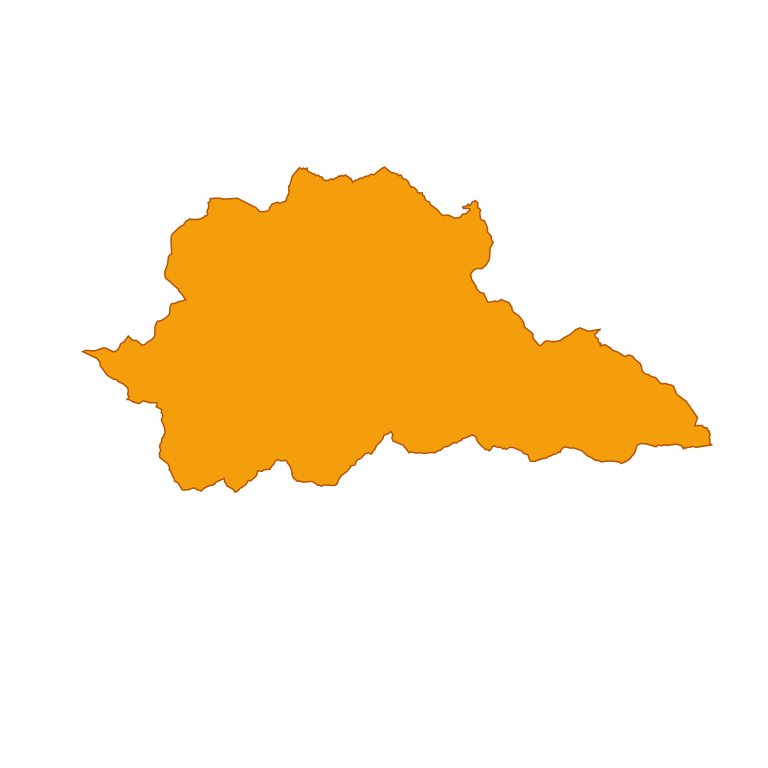 outline of Andreiasu De Jos, Vrancea, Romania, rotated 231°
{"feature_id": "2599482B32209112842541", "entity_name": "Andreiasu De Jos", "entity_type": "district", "adm_level": 2, "iso_a3": "ROU", "parent_name": "Romania", "parent_adm1": "Vrancea", "projection": "mercator", "projection_center": [26.796, 45.716], "detail": "fine", "context": "isolated", "style": "filled", "palette": "amber", "viewbox_px": 768, "rotation_deg": 231, "n_neighbors": 0, "source": "geoboundaries", "source_scale": "gbopen_adm2", "svg_char_len": 6171}
<svg xmlns="http://www.w3.org/2000/svg" viewBox="0 0 768 768"><g transform="rotate(231 384 384)"><path d="M304.1,571.8L305.6,567.4L305.4,559.3L306.6,553.1L307.0,548.0L309.6,543.1L315.8,536.7L315.3,530.3L316.6,528.8L324.9,528.6L327.6,529.5L328.7,531.1L332.3,530.9L339.8,529.0L343.5,531.1L347.1,531.6L352.6,531.7L358.2,529.8L362.1,530.7L363.0,531.6L368.7,532.3L376.0,528.0L376.1,525.6L377.1,523.2L378.4,522.9L381.0,517.7L382.4,516.1L391.5,518.6L394.6,516.4L399.7,515.9L401.5,516.9L410.1,517.9L414.6,520.3L415.8,523.7L416.1,526.5L414.9,529.5L413.0,531.2L411.9,533.1L412.4,538.9L414.6,544.5L422.9,552.1L425.2,557.9L428.7,558.3L431.2,560.3L437.1,560.1L440.0,562.6L447.8,564.9L450.1,562.9L451.4,562.8L456.9,566.2L458.3,568.6L462.6,568.1L465.8,571.0L469.1,570.3L469.9,567.0L469.1,565.4L468.7,562.9L470.7,562.7L470.2,559.8L471.8,557.8L471.9,556.4L470.5,556.1L467.5,559.7L465.9,560.7L465.0,560.2L464.9,556.3L464.5,555.2L466.5,552.1L465.7,548.0L468.1,543.4L473.7,540.9L475.5,539.5L477.4,536.3L479.5,535.3L485.9,535.1L494.1,533.0L497.0,533.8L499.7,532.1L502.7,532.5L504.7,533.5L506.6,532.9L508.6,533.9L511.0,530.7L513.6,531.4L517.7,531.2L520.7,528.8L526.9,530.2L529.7,529.5L531.8,527.8L535.2,528.8L536.4,527.8L536.6,526.5L539.1,526.5L543.7,522.7L552.2,520.9L552.9,518.0L553.0,508.1L553.3,507.3L555.0,506.5L555.6,502.6L557.0,500.3L557.7,496.3L559.1,494.9L559.3,491.3L560.5,489.8L560.3,486.6L564.5,487.6L565.5,486.6L567.9,486.7L568.6,485.7L570.5,485.8L571.3,483.2L573.0,482.2L572.7,480.6L574.1,479.8L574.1,477.0L574.8,475.0L574.7,473.2L576.4,472.3L577.2,470.7L577.3,468.9L579.6,465.9L581.5,465.5L583.5,466.2L584.9,464.9L587.6,464.3L589.0,461.9L590.9,462.3L591.5,461.3L596.7,459.0L598.6,458.9L600.1,460.1L600.8,457.7L602.5,457.4L602.7,455.5L605.3,454.4L603.3,443.6L598.1,436.5L597.8,435.0L596.5,433.2L592.5,430.8L589.9,425.6L588.1,423.2L588.0,422.1L588.9,420.7L589.7,417.3L590.3,416.3L592.2,415.8L594.3,410.1L592.8,405.6L591.6,404.7L591.9,402.5L593.5,398.8L596.5,395.8L601.4,395.5L620.7,386.9L628.2,376.1L632.5,372.5L637.5,365.7L635.1,363.6L635.6,361.5L632.2,359.5L629.3,354.9L626.8,353.8L626.2,352.5L627.4,350.4L627.0,349.3L627.3,347.4L628.8,343.1L633.4,337.7L634.7,337.0L634.5,334.5L635.2,333.1L633.8,327.9L634.6,324.3L633.7,313.9L633.0,312.1L630.2,309.3L619.1,301.1L618.9,297.9L618.3,296.3L613.4,291.3L609.2,284.3L605.7,281.7L603.6,281.0L586.9,283.9L585.1,283.1L580.4,283.6L574.1,282.6L577.0,276.7L578.2,272.5L580.1,269.4L578.9,266.6L574.2,262.2L573.1,260.4L572.7,256.4L573.3,251.9L573.6,250.2L575.3,247.5L575.0,246.4L573.0,242.6L565.8,236.2L565.0,234.3L564.7,231.8L565.4,226.2L565.2,223.3L566.1,220.5L573.5,219.1L576.3,216.1L582.2,215.5L580.4,208.5L580.8,204.6L578.9,200.8L578.2,197.9L578.5,195.1L579.6,193.8L586.3,190.7L588.2,189.2L588.6,187.8L589.3,187.5L589.8,185.0L592.2,179.3L597.2,174.2L598.1,172.9L598.7,170.2L584.9,176.9L579.7,177.0L577.1,175.0L564.9,174.4L557.9,176.9L555.1,179.4L553.5,178.9L547.5,181.6L543.6,182.2L541.5,182.1L539.4,180.8L536.9,178.0L535.1,177.9L534.3,177.3L533.6,174.7L531.9,176.4L528.1,177.7L523.4,180.9L522.9,181.8L522.5,186.4L516.6,190.3L512.4,195.8L510.4,194.4L509.8,192.6L504.2,195.2L501.9,192.8L500.4,193.0L498.6,192.1L497.0,190.1L496.4,188.4L488.9,186.3L483.6,183.1L482.8,180.3L482.0,179.9L481.6,177.2L478.7,174.3L478.1,171.9L477.0,171.3L476.8,170.1L473.3,169.0L471.9,167.2L471.8,166.0L468.0,163.5L457.0,165.9L455.8,165.0L454.0,165.0L453.0,163.4L447.8,162.7L445.6,161.6L442.7,161.6L440.5,160.1L436.6,161.7L428.9,160.5L427.7,161.5L424.9,165.6L423.4,169.9L421.9,171.6L420.0,171.9L415.6,174.8L416.1,175.6L416.1,179.4L414.9,184.3L413.0,187.4L413.4,188.0L412.8,189.4L413.5,191.4L411.2,200.4L408.3,198.6L405.2,198.5L404.2,197.7L396.4,200.6L394.0,200.0L393.2,201.2L393.0,204.2L393.6,206.8L393.1,208.1L392.7,213.2L394.4,217.7L392.6,219.6L392.9,226.2L393.3,227.7L396.0,231.1L392.8,234.5L392.9,236.2L392.2,237.7L389.6,241.6L390.8,245.3L391.1,248.1L392.4,250.3L392.4,253.7L389.0,255.4L386.6,259.6L384.5,260.0L383.4,259.2L380.2,259.4L375.0,257.8L370.6,255.1L368.3,254.4L362.8,255.5L362.0,257.0L358.8,259.2L353.4,267.0L347.2,268.8L343.7,271.5L343.3,273.9L336.3,281.6L335.8,284.4L338.3,288.6L339.7,293.5L339.3,300.2L340.2,304.9L341.2,306.9L339.7,309.6L339.7,311.4L341.1,313.1L341.8,315.4L340.8,319.5L341.6,325.6L340.2,328.7L337.7,329.8L337.5,330.8L338.7,333.3L339.1,336.1L341.1,340.0L341.2,344.1L342.2,348.7L344.2,351.7L342.9,355.2L342.7,359.7L338.5,358.7L337.2,356.2L334.0,355.1L324.4,360.4L314.7,360.2L314.0,362.7L310.1,365.4L307.1,369.8L304.9,371.1L302.2,376.0L298.5,380.5L298.0,384.3L296.9,386.3L297.3,391.0L295.2,394.5L294.5,401.5L292.4,403.2L292.7,405.5L291.6,408.4L292.1,410.5L289.6,417.3L289.2,420.4L285.4,422.1L282.3,420.9L277.9,420.4L269.1,421.6L268.1,423.0L265.8,423.8L266.1,426.5L267.2,429.3L266.4,430.6L262.7,432.8L262.5,434.0L261.2,435.1L258.7,435.6L258.2,437.3L256.7,437.4L256.1,438.8L255.7,441.9L252.8,444.8L245.1,448.8L242.0,448.9L238.6,451.3L234.0,449.6L231.9,449.3L231.2,449.7L228.8,453.1L226.7,459.1L224.1,464.0L224.2,466.5L223.0,468.9L222.7,471.6L221.4,473.8L221.3,476.5L219.9,477.9L220.9,479.0L221.7,481.6L221.6,484.8L216.7,488.7L215.1,491.0L207.8,495.8L199.8,497.0L198.1,498.1L191.3,500.4L189.3,502.8L186.4,504.1L184.9,507.1L181.3,512.0L175.1,517.9L173.1,518.0L171.7,522.2L171.1,527.5L172.8,535.7L177.0,541.9L176.8,543.9L175.8,546.6L171.9,550.5L164.1,555.8L163.8,556.8L164.1,558.6L161.1,561.0L160.7,562.9L157.8,566.0L153.2,573.3L149.2,576.3L145.3,576.0L145.7,577.6L144.4,577.5L143.6,580.5L142.1,582.4L141.6,584.2L138.2,587.0L130.5,600.2L132.8,600.0L136.2,602.6L137.1,602.4L139.2,605.3L140.8,606.4L141.7,606.0L142.5,607.1L144.3,606.4L146.4,607.4L147.5,606.9L147.9,605.6L150.8,604.9L151.3,605.4L156.1,599.4L160.5,606.5L180.6,607.9L191.7,605.0L200.0,607.6L203.4,606.1L204.5,604.7L207.3,603.2L208.8,600.7L210.9,599.2L218.0,599.2L221.8,596.3L224.2,595.8L228.0,593.1L232.5,592.9L234.2,594.4L238.5,596.0L245.9,594.4L248.8,594.7L251.3,593.4L253.0,591.6L253.5,588.5L261.5,585.9L266.5,582.7L269.3,582.8L275.6,580.4L277.3,576.2L278.2,576.4L278.5,577.8L279.1,578.0L281.3,577.0L284.0,578.7L287.3,578.0L289.9,578.6L289.7,581.6L290.6,583.2L290.1,585.8L290.5,586.3L296.4,576.0L304.1,571.8Z" fill="#f59e0b" stroke="#b45309" stroke-width="1.5"/></g></svg>